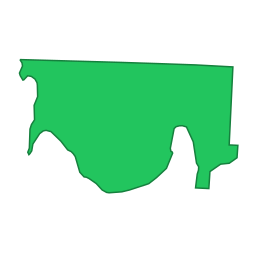 Emmet, Michigan, United States of America, rotated 272°
{"feature_id": "52423323B66436048113663", "entity_name": "Emmet", "entity_type": "district", "adm_level": 2, "iso_a3": "USA", "parent_name": "United States of America", "parent_adm1": "Michigan", "projection": "natural_earth1", "projection_center": [-84.945, 45.53], "detail": "fine", "context": "isolated", "style": "filled", "palette": "green", "viewbox_px": 256, "rotation_deg": 272, "n_neighbors": 0, "source": "geoboundaries", "source_scale": "gbopen_adm2", "svg_char_len": 983}
<svg xmlns="http://www.w3.org/2000/svg" viewBox="0 0 256 256"><g transform="rotate(272 128 128)"><path d="M192.6,18.2L192.0,18.0L189.4,19.8L186.2,20.4L179.1,17.6L176.5,18.5L172.2,21.3L172.5,22.2L176.7,25.9L176.2,29.6L173.7,33.3L170.1,35.5L167.7,35.9L156.2,36.6L147.4,33.4L132.9,34.3L128.1,31.4L123.5,30.1L104.4,30.1L100.3,28.7L97.9,29.9L99.0,30.9L101.8,32.6L108.7,33.5L119.3,39.9L122.2,43.5L122.8,46.3L121.7,51.2L112.5,61.4L104.0,68.5L102.4,72.1L100.4,74.2L97.6,76.3L82.1,81.4L77.6,85.8L77.4,88.1L76.1,90.9L71.4,98.2L65.2,104.3L62.9,108.8L62.6,111.4L64.0,124.1L66.1,131.6L73.1,150.7L79.4,158.2L89.0,167.8L104.5,173.5L105.9,172.7L106.1,171.7L109.2,171.0L129.0,174.1L131.0,176.0L132.0,179.3L132.2,182.3L131.1,186.4L116.5,193.7L95.3,197.7L91.7,200.0L88.3,199.9L84.3,198.8L70.5,197.6L70.3,210.9L87.3,211.4L95.1,221.8L96.3,230.4L102.1,238.0L114.5,238.4L114.6,229.7L192.7,230.7L193.4,193.7L193.4,156.1L193.3,119.1L192.6,18.2Z" fill="#22c55e" stroke="#15803d" stroke-width="1.5"/></g></svg>